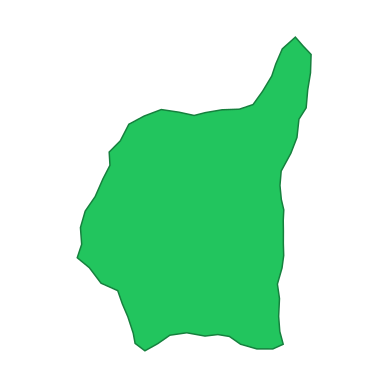 the district of Mário Campos, Minas Gerais, Brazil, rotated 274°
{"feature_id": "56859067B45501918730434", "entity_name": "Mário Campos", "entity_type": "district", "adm_level": 2, "iso_a3": "BRA", "parent_name": "Brazil", "parent_adm1": "Minas Gerais", "projection": "mercator", "projection_center": [-44.175, -20.074], "detail": "fine", "context": "isolated", "style": "filled", "palette": "green", "viewbox_px": 384, "rotation_deg": 274, "n_neighbors": 0, "source": "geoboundaries", "source_scale": "gbopen_adm2", "svg_char_len": 900}
<svg xmlns="http://www.w3.org/2000/svg" viewBox="0 0 384 384"><g transform="rotate(274 192 192)"><path d="M94.7,107.6L88.4,124.8L75.6,130.3L63.1,136.7L47.1,143.2L37.0,145.8L30.3,156.1L38.4,168.5L47.6,179.9L51.2,196.6L49.2,215.0L51.6,227.7L50.5,239.4L43.5,251.1L40.0,267.6L41.1,283.6L46.5,293.6L59.0,289.3L74.0,287.1L91.8,286.7L106.1,283.6L122.5,287.1L135.0,287.9L147.1,286.7L159.3,285.9L170.0,285.0L180.6,284.8L190.9,281.6L204.6,279.3L219.1,279.5L237.5,287.9L253.7,292.9L272.1,293.6L283.9,300.0L301.9,300.3L319.1,301.9L337.5,301.2L345.8,292.2L353.7,284.3L341.1,272.1L325.4,266.6L313.3,263.5L297.4,255.4L283.5,246.8L277.9,233.4L276.1,216.2L272.1,199.7L268.5,188.8L270.7,173.5L272.1,155.6L264.4,138.9L255.2,124.3L238.0,116.9L226.1,106.6L212.9,108.3L199.0,102.3L180.6,95.7L165.5,86.8L148.7,83.2L132.1,85.6L118.4,82.1L109.3,94.9L94.7,107.6Z" fill="#22c55e" stroke="#15803d" stroke-width="1.5"/></g></svg>